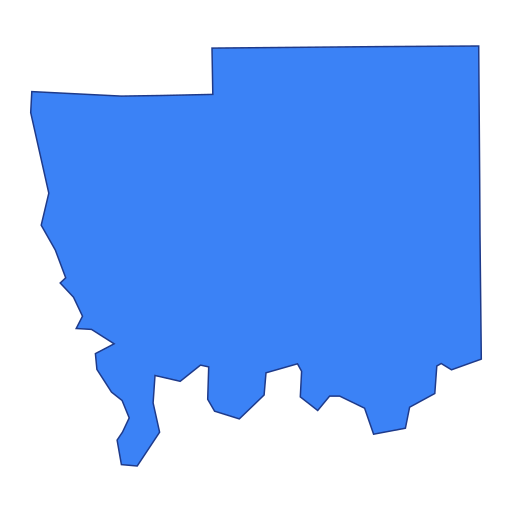 the district of Autauga, Alabama, United States of America
{"feature_id": "52423323B1786789370049", "entity_name": "Autauga", "entity_type": "district", "adm_level": 2, "iso_a3": "USA", "parent_name": "United States of America", "parent_adm1": "Alabama", "projection": "orthographic", "projection_center": [-86.703, 32.508], "detail": "fine", "context": "isolated", "style": "filled", "palette": "blue", "viewbox_px": 512, "rotation_deg": 0, "n_neighbors": 0, "source": "geoboundaries", "source_scale": "gbopen_adm2", "svg_char_len": 784}
<svg xmlns="http://www.w3.org/2000/svg" viewBox="0 0 512 512"><path d="M122.5,432.1L117.1,440.1L121.4,464.6L137.2,466.0L159.6,432.2L153.1,402.9L155.0,375.5L180.2,381.3L200.5,365.1L208.7,366.9L207.7,399.3L214.6,411.2L239.3,418.9L264.1,395.0L266.0,372.8L297.5,363.8L301.6,371.3L300.3,396.9L317.7,410.5L329.6,396.1L339.7,396.1L364.6,408.2L373.6,434.2L405.4,428.2L409.6,407.2L434.8,393.5L436.8,366.0L441.2,363.5L451.5,369.8L481.3,359.1L480.0,234.0L479.7,180.8L478.7,46.0L380.1,46.6L212.0,48.1L212.8,94.4L161.3,95.5L121.3,96.1L31.8,91.6L30.7,112.6L48.8,193.2L41.2,225.2L55.3,250.0L65.7,277.8L60.2,283.0L73.5,297.2L82.5,316.2L76.2,328.5L91.5,329.4L114.1,343.8L95.4,353.6L96.9,369.4L111.5,392.1L122.1,400.5L129.2,417.9L122.5,432.1Z" fill="#3b82f6" stroke="#1e3a8a" stroke-width="1.5"/></svg>